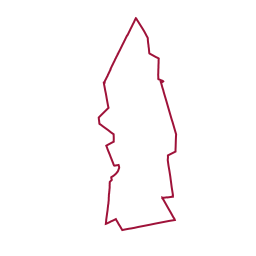 Checea, Timis, Romania (orthographic projection), rotated 162°
{"feature_id": "2599482B82782333976905", "entity_name": "Checea", "entity_type": "district", "adm_level": 2, "iso_a3": "ROU", "parent_name": "Romania", "parent_adm1": "Timis", "projection": "orthographic", "projection_center": [20.84, 45.724], "detail": "fine", "context": "isolated", "style": "outline", "palette": "rose", "viewbox_px": 256, "rotation_deg": 162, "n_neighbors": 0, "source": "geoboundaries", "source_scale": "gbopen_adm2", "svg_char_len": 5551}
<svg xmlns="http://www.w3.org/2000/svg" viewBox="0 0 256 256"><g transform="rotate(162 128 128)"><path d="M136.7,178.9L136.5,178.4L136.5,178.1L137.1,178.0L137.2,177.5L137.6,174.3L138.1,170.6L138.4,167.7L138.8,164.8L139.1,162.9L140.0,156.2L140.3,153.5L140.3,153.4L140.3,153.2L144.9,150.9L147.5,149.6L149.9,148.4L152.6,147.0L152.7,146.6L152.8,146.3L152.8,146.0L152.9,145.6L153.0,145.3L153.1,144.7L153.2,144.1L153.2,143.8L153.3,143.5L153.4,143.1L153.5,142.7L153.5,142.4L153.6,142.1L153.7,141.8L153.8,141.5L153.8,141.2L153.7,141.0L153.8,140.5L153.7,140.4L153.4,140.2L153.1,139.8L152.6,139.2L151.9,138.1L150.4,136.0L147.6,132.2L146.8,131.0L145.5,129.0L143.6,126.5L143.9,125.5L144.3,124.0L144.8,122.4L145.2,121.2L145.4,120.8L145.8,119.4L148.3,119.0L149.8,118.7L151.0,118.5L152.6,118.2L153.6,118.0L154.1,117.9L154.1,117.6L154.1,117.3L154.1,117.2L154.1,116.9L154.0,116.3L154.0,115.9L154.0,114.8L154.0,114.0L153.9,113.3L153.9,112.2L153.8,111.7L153.8,111.1L153.7,110.7L153.7,110.2L153.7,109.5L153.6,109.3L153.6,109.0L153.6,108.7L153.5,107.5L153.5,106.8L153.4,105.1L153.3,104.0L153.3,103.5L153.3,102.8L153.2,102.6L153.2,102.1L153.2,101.6L153.1,100.8L153.1,100.1L153.0,99.4L153.0,98.7L153.0,98.0L153.0,97.8L152.9,97.2L152.9,96.9L152.8,96.6L152.6,96.4L151.8,96.2L151.5,96.2L151.2,96.2L149.7,95.9L149.0,95.8L148.7,95.8L148.5,95.7L148.4,95.7L148.4,94.9L148.4,94.5L148.5,93.7L148.6,93.1L148.8,92.7L149.3,92.1L150.1,91.1L150.6,90.4L150.9,90.1L151.6,89.5L151.8,89.5L152.1,89.2L152.7,88.8L153.4,88.4L153.9,88.1L154.7,87.8L155.3,87.5L156.1,87.2L157.7,86.7L158.2,86.6L158.8,86.5L159.1,86.4L159.2,86.2L159.3,86.0L159.4,85.0L159.4,84.3L159.4,83.9L159.5,83.6L161.1,82.8L162.0,82.3L162.4,81.2L162.6,80.8L162.7,80.6L162.7,80.4L162.8,80.0L163.2,79.1L163.3,78.8L163.4,78.4L163.5,78.1L163.6,77.8L163.7,77.4L164.0,76.7L164.1,76.4L164.7,75.1L165.0,74.3L165.6,73.0L166.1,71.7L166.3,71.5L166.4,71.3L166.7,70.6L166.9,70.1L167.1,69.6L167.4,68.6L167.8,67.8L168.3,66.3L168.6,65.4L169.2,64.1L169.7,63.0L169.8,62.6L170.1,62.0L170.9,60.5L171.4,59.3L172.0,58.1L172.5,56.9L173.0,55.8L174.0,53.8L177.2,47.2L177.3,46.8L177.7,45.9L178.7,43.7L178.3,43.7L178.1,43.7L176.4,43.9L175.6,44.0L174.8,44.1L174.1,44.2L173.7,44.3L172.7,44.5L172.1,44.5L170.3,44.7L167.7,45.1L167.6,44.4L167.6,44.2L167.3,42.9L167.0,41.7L166.6,39.5L166.4,38.9L166.3,38.1L166.1,37.7L165.6,35.4L165.0,32.7L162.1,32.4L158.2,31.9L156.0,31.5L153.7,31.2L153.0,31.1L148.7,30.7L144.0,30.1L136.7,29.2L132.0,28.7L126.4,28.0L117.5,26.9L111.9,26.0L111.9,26.8L112.0,27.5L112.3,28.6L112.5,29.3L113.5,34.5L114.3,38.2L115.0,41.6L116.5,49.0L116.7,49.7L116.8,49.9L117.1,50.5L116.9,51.2L116.7,51.0L115.5,50.6L114.9,50.5L114.6,50.4L113.9,50.3L113.2,50.2L112.7,50.1L112.3,50.0L112.1,49.8L106.5,48.8L106.3,50.1L106.0,50.2L104.8,57.9L104.3,60.6L103.8,63.2L103.3,66.0L102.8,68.6L101.9,74.2L101.5,77.0L101.1,79.8L100.1,85.3L99.1,87.6L98.5,89.6L90.1,90.9L89.4,93.0L88.6,95.1L86.0,102.4L85.1,104.8L84.2,107.1L83.9,116.5L83.8,119.7L83.8,123.0L83.6,129.4L83.4,135.5L83.3,138.4L83.2,141.1L83.0,149.2L82.9,151.9L82.8,152.7L82.8,153.7L82.8,154.6L82.8,155.2L82.8,156.0L82.7,157.4L82.7,157.9L82.6,159.6L82.6,160.5L82.6,161.8L82.3,161.8L82.1,161.6L81.9,161.4L81.7,161.3L81.4,161.1L80.9,161.2L80.6,161.2L80.3,161.4L80.1,161.5L80.3,161.9L80.5,162.0L80.9,162.5L81.4,162.9L82.0,163.3L82.3,163.6L83.2,164.4L84.0,165.0L84.0,165.5L83.7,166.2L82.7,169.8L82.4,170.4L81.7,172.4L81.2,173.9L80.8,175.0L80.7,175.2L80.2,176.5L79.9,177.6L79.6,178.3L79.2,179.5L78.9,180.1L78.0,182.9L77.8,183.3L77.6,183.9L77.3,184.6L77.5,184.9L78.3,185.7L79.6,186.9L80.7,188.1L81.0,188.4L81.8,189.3L82.5,190.0L83.3,190.9L84.1,191.7L84.6,192.3L84.6,192.6L84.5,193.2L84.4,193.6L84.2,194.5L84.1,194.8L83.9,195.9L83.6,197.1L83.2,199.5L83.0,200.1L82.7,201.9L82.5,203.0L82.0,205.3L81.6,206.7L81.4,207.6L81.5,208.1L81.6,208.8L81.9,210.1L82.1,211.5L82.3,212.6L82.7,214.8L83.5,218.2L84.6,222.5L85.1,224.5L85.7,226.9L85.9,227.4L86.1,228.4L86.4,229.8L86.6,230.0L88.3,228.3L89.0,227.5L90.0,226.4L90.8,225.7L93.0,223.4L94.1,222.3L94.8,221.6L95.0,221.4L95.2,221.2L95.3,221.1L95.5,220.9L95.7,220.6L95.9,220.4L96.2,220.1L97.1,219.2L97.4,218.9L97.7,218.6L98.6,217.6L98.9,217.4L99.1,217.1L99.4,216.9L99.5,216.7L99.8,216.4L100.1,216.2L100.4,216.2L100.8,215.8L100.9,215.6L101.1,215.4L101.3,215.2L101.6,215.0L102.0,214.6L102.3,214.2L102.5,214.0L102.7,213.8L102.9,213.6L103.3,213.2L104.1,212.3L104.4,212.1L104.5,212.0L105.2,211.2L105.6,210.8L106.0,210.5L106.1,210.3L106.5,209.9L106.7,209.7L106.9,209.5L107.2,209.2L107.5,209.0L107.7,208.7L107.9,208.5L108.1,208.3L108.3,208.1L108.6,207.8L108.8,207.5L109.4,207.0L109.6,206.7L109.9,206.5L110.1,206.2L110.3,206.0L111.2,205.1L111.6,204.6L111.9,204.4L112.1,204.2L112.4,203.9L112.8,203.4L113.5,202.9L113.8,202.6L113.9,202.4L114.0,202.2L114.6,201.7L114.8,201.6L114.8,201.4L115.1,201.2L115.9,200.3L116.2,200.0L116.7,199.6L117.4,198.9L117.6,198.6L118.2,198.0L118.8,197.5L119.2,197.0L120.4,195.7L120.7,195.4L121.1,195.0L121.4,194.8L121.5,194.6L121.7,194.4L122.0,194.1L122.2,193.9L122.4,193.6L122.8,193.3L123.0,193.1L123.1,192.9L123.3,192.7L123.6,192.5L124.6,191.4L126.4,189.5L126.4,189.2L126.5,189.1L126.9,188.6L127.0,188.6L127.1,188.4L127.3,188.2L127.7,187.8L128.0,187.6L128.2,187.4L128.3,187.2L128.9,186.5L129.2,186.3L129.4,186.1L129.5,185.9L130.0,185.4L130.2,185.2L130.5,185.0L130.7,184.7L131.3,183.9L131.5,183.7L131.8,183.5L131.9,183.4L132.2,183.1L132.8,182.5L133.0,182.3L133.3,182.0L133.7,181.5L134.0,181.3L134.1,181.2L134.5,180.8L134.7,180.6L135.2,180.1L135.9,179.3L135.9,179.2L136.0,179.2L136.4,179.0L136.7,178.9Z" fill="none" stroke="#9f1239" stroke-width="2"/></g></svg>